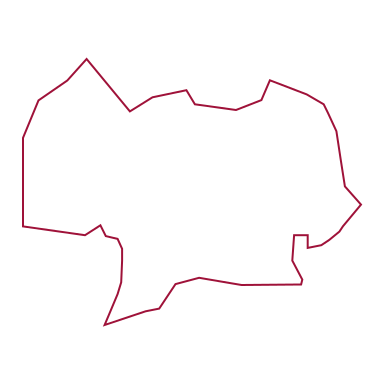 outline of Busanjin-gu, Busan, South Korea
{"feature_id": "91817680B32751924176777", "entity_name": "Busanjin-gu", "entity_type": "district", "adm_level": 2, "iso_a3": "KOR", "parent_name": "South Korea", "parent_adm1": "Busan", "projection": "mercator", "projection_center": [129.046, 35.154], "detail": "fine", "context": "isolated", "style": "outline", "palette": "rose", "viewbox_px": 384, "rotation_deg": 0, "n_neighbors": 0, "source": "geoboundaries", "source_scale": "gbopen_adm2", "svg_char_len": 687}
<svg xmlns="http://www.w3.org/2000/svg" viewBox="0 0 384 384"><path d="M86.6,59.0L67.3,80.5L38.5,100.4L23.0,137.9L23.0,186.6L23.0,226.2L23.0,226.4L85.0,235.2L100.4,225.3L105.8,236.1L117.6,238.9L122.1,248.8L122.1,260.6L121.2,282.3L117.6,294.1L108.5,315.8L104.6,325.0L145.6,311.3L159.2,308.6L175.5,284.1L199.1,277.8L230.8,283.2L241.6,285.0L301.1,284.5L302.3,279.6L292.3,260.6L294.1,235.2L307.7,235.2L307.7,247.9L321.3,245.2L329.4,239.8L339.4,231.6L343.0,226.2L361.0,204.6L344.9,186.4L340.7,159.5L336.4,131.2L327.9,112.8L323.7,104.3L306.7,94.4L269.9,80.3L261.4,100.1L236.0,110.0L194.9,104.3L186.4,90.2L152.5,97.3L129.9,111.4L86.6,59.0Z" fill="none" stroke="#9f1239" stroke-width="2"/></svg>